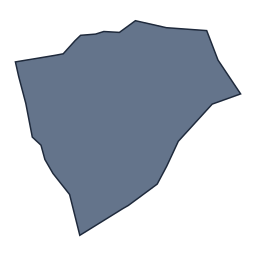 outline of Uulbayan, Sühbaatar, Mongolia
{"feature_id": "93677404B28478416756495", "entity_name": "Uulbayan", "entity_type": "district", "adm_level": 2, "iso_a3": "MNG", "parent_name": "Mongolia", "parent_adm1": "Sühbaatar", "projection": "mercator", "projection_center": [112.341, 46.503], "detail": "fine", "context": "isolated", "style": "filled", "palette": "slate", "viewbox_px": 256, "rotation_deg": 0, "n_neighbors": 0, "source": "geoboundaries", "source_scale": "gbopen_adm2", "svg_char_len": 464}
<svg xmlns="http://www.w3.org/2000/svg" viewBox="0 0 256 256"><path d="M128.4,205.4L157.2,184.1L166.6,166.4L169.2,160.9L178.3,141.3L212.2,104.1L240.6,93.9L218.0,60.1L206.7,30.6L166.4,27.7L135.4,20.7L119.4,32.4L103.8,31.5L95.5,34.1L80.6,35.3L75.1,40.6L63.2,53.8L55.2,55.3L15.4,61.9L18.6,76.2L25.8,103.4L32.3,137.1L41.0,145.2L44.9,159.5L53.0,173.5L69.6,194.5L79.8,235.3L120.4,210.1L123.0,208.5L128.4,205.4Z" fill="#64748b" stroke="#1e293b" stroke-width="1.5"/></svg>